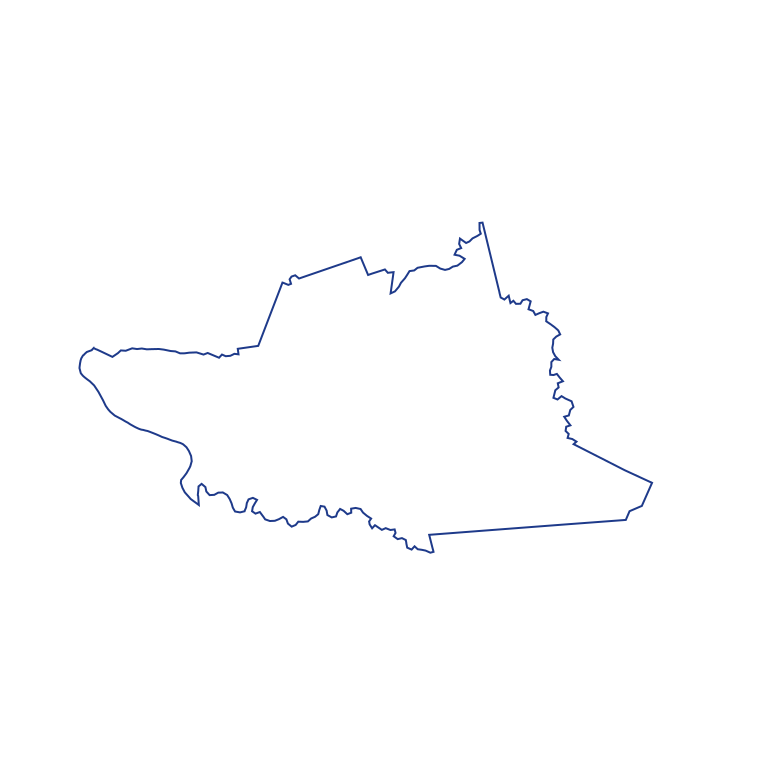 Oberá, Misiones, Argentina (Equal Earth projection), rotated 115°
{"feature_id": "61730980B41869558035533", "entity_name": "Oberá", "entity_type": "district", "adm_level": 2, "iso_a3": "ARG", "parent_name": "Argentina", "parent_adm1": "Misiones", "projection": "equal_earth", "projection_center": [-55.041, -27.479], "detail": "fine", "context": "isolated", "style": "outline", "palette": "blue", "viewbox_px": 768, "rotation_deg": 115, "n_neighbors": 0, "source": "geoboundaries", "source_scale": "gbopen_adm2", "svg_char_len": 4855}
<svg xmlns="http://www.w3.org/2000/svg" viewBox="0 0 768 768"><g transform="rotate(115 384 384)"><path d="M196.1,362.9L197.7,365.5L200.6,364.1L204.0,362.5L206.9,359.8L209.8,361.6L210.4,362.0L214.6,365.3L218.7,366.8L221.5,369.2L220.4,375.1L220.1,376.6L222.9,375.8L225.3,375.1L228.2,371.5L231.6,374.7L235.0,374.7L237.0,374.7L236.8,373.7L235.8,369.8L236.5,363.8L240.5,364.8L245.7,367.5L248.5,371.2L252.2,373.6L254.8,376.9L255.6,381.8L255.0,386.8L257.7,392.9L260.3,396.9L264.5,402.7L268.3,404.6L270.9,408.6L275.1,409.1L279.3,409.7L285.1,411.4L289.4,411.6L295.4,413.2L299.1,416.3L283.8,421.0L278.6,422.6L281.4,427.2L281.6,427.5L280.1,430.9L279.8,431.6L281.4,433.3L288.8,441.3L291.9,444.5L287.9,448.9L279.0,458.7L281.1,460.8L324.3,505.6L323.4,508.9L323.0,510.4L325.7,513.2L329.0,513.8L332.5,510.6L334.6,512.6L334.9,518.4L335.0,518.9L336.0,518.8L358.8,517.2L363.1,516.9L402.6,514.1L413.9,531.4L418.6,528.4L419.9,532.4L421.2,533.4L423.4,535.2L425.7,539.2L425.8,543.3L429.9,544.6L430.2,552.0L430.4,556.9L433.6,560.0L434.6,567.3L437.9,573.7L440.4,577.6L442.4,581.8L442.6,586.8L444.3,591.4L445.9,598.1L447.4,602.8L450.6,609.3L452.8,613.6L454.2,618.5L456.7,622.6L458.1,627.3L463.0,632.1L464.8,636.7L468.5,638.2L474.2,641.6L474.1,653.6L474.1,658.8L474.2,659.2L474.2,662.2L474.1,662.3L474.9,662.6L476.7,663.2L476.9,663.2L480.6,666.9L483.0,667.9L484.6,668.4L485.2,668.8L485.6,668.9L486.7,669.0L488.7,669.2L491.1,668.9L491.7,668.7L493.4,668.3L495.0,667.8L496.9,667.2L498.3,666.7L502.3,663.4L502.5,663.1L503.3,661.4L503.7,660.6L504.1,659.4L504.5,658.0L505.1,655.5L505.6,653.1L505.8,651.9L507.8,646.1L511.8,639.5L516.6,633.0L517.4,631.9L521.4,627.0L523.6,623.2L524.9,620.2L526.4,614.7L526.7,608.8L526.7,607.9L526.9,605.4L527.2,602.6L527.3,600.7L527.3,600.1L527.6,598.2L527.8,596.8L528.0,593.9L528.1,592.7L528.2,590.8L528.2,587.5L528.1,586.2L528.0,585.2L527.8,584.2L527.4,582.9L527.0,580.5L526.5,578.4L526.3,575.9L526.1,572.9L525.9,569.5L525.9,569.2L525.8,566.3L525.8,562.7L525.4,559.6L525.1,556.6L525.1,556.2L524.8,552.1L524.0,547.6L524.0,547.0L523.5,543.7L523.5,541.0L523.5,540.9L523.8,539.7L524.8,536.3L526.3,533.9L527.2,532.5L527.3,532.3L527.8,531.8L528.6,530.9L530.8,528.4L535.3,525.6L536.1,525.5L540.2,524.8L542.2,524.8L548.3,525.3L553.1,526.3L555.3,526.9L556.7,527.3L559.6,526.3L563.3,522.8L565.5,519.9L566.1,519.1L566.3,518.9L566.7,518.0L568.8,513.1L569.9,510.7L570.7,506.8L571.1,504.7L571.9,500.7L564.0,505.1L563.4,505.8L559.3,507.2L555.2,508.8L554.8,508.6L551.6,507.1L552.9,502.3L555.3,500.5L556.5,499.6L558.4,495.1L556.2,491.0L552.5,488.3L550.6,484.5L550.4,484.3L550.9,479.2L553.5,475.2L556.6,471.7L559.9,468.8L560.7,467.7L562.5,465.1L561.2,460.2L558.3,456.6L558.0,456.7L554.1,456.8L552.3,457.3L549.9,458.0L545.8,458.0L544.5,456.7L542.6,454.7L542.7,450.1L546.8,450.6L551.1,450.9L552.5,450.5L555.1,449.8L555.6,446.7L555.8,445.7L552.5,442.4L554.5,438.7L555.3,437.2L556.9,434.5L556.4,429.5L554.1,425.1L550.8,422.0L549.8,421.3L547.1,419.3L547.9,415.3L548.7,414.5L551.1,412.1L552.3,407.4L549.1,404.5L545.0,403.5L543.1,399.0L540.7,394.9L536.7,393.2L533.5,390.4L530.0,388.7L529.7,388.6L525.5,389.4L521.3,389.8L520.3,386.1L523.0,382.5L524.6,381.4L526.7,379.9L527.0,375.0L524.3,371.5L520.1,372.0L517.7,371.4L515.8,371.0L515.9,368.4L516.0,367.0L517.5,362.2L514.5,359.3L510.9,361.1L508.5,357.6L508.3,357.3L507.2,352.4L509.4,348.7L510.7,343.8L511.4,338.8L514.9,339.4L515.0,339.3L517.3,337.7L519.8,333.8L517.0,332.9L515.8,332.5L515.8,332.3L516.4,328.7L517.1,324.3L513.9,321.5L513.9,321.2L513.6,316.5L511.3,312.9L514.1,310.6L516.6,310.8L517.9,310.9L518.8,306.0L517.9,304.9L516.1,302.6L516.2,298.3L518.3,296.8L519.3,296.2L522.5,293.8L522.4,289.0L518.2,287.7L519.5,283.6L518.3,279.7L517.4,275.9L517.3,270.7L516.7,270.0L515.2,268.2L514.4,268.8L511.8,271.0L501.6,279.3L474.9,231.9L434.3,159.7L405.0,107.4L395.5,107.7L386.2,99.4L385.6,98.8L360.3,99.3L360.4,127.8L360.4,129.5L358.4,186.7L354.9,185.2L354.3,190.1L355.3,194.8L351.2,195.5L349.8,199.6L345.7,200.8L342.7,197.6L340.0,202.8L337.5,206.8L334.4,203.2L328.8,204.2L324.7,202.6L320.4,206.7L320.5,213.6L320.2,215.9L320.0,218.0L324.7,220.2L324.9,224.6L317.7,226.0L317.3,226.1L313.3,224.3L309.9,226.8L305.9,223.0L304.0,227.3L301.8,231.6L303.2,233.1L304.2,234.1L305.1,236.5L305.4,237.2L304.4,237.8L301.6,239.3L300.2,239.4L297.7,239.6L293.4,241.6L289.4,240.3L288.2,235.9L286.4,240.5L283.7,244.2L280.0,246.8L276.0,247.8L272.1,249.4L268.2,247.9L264.6,245.3L261.8,248.7L260.4,253.5L259.4,258.5L258.6,263.5L257.3,264.0L254.7,265.2L250.7,265.2L251.1,270.1L254.1,273.1L256.6,275.3L257.4,276.0L254.8,279.6L255.1,283.5L255.2,284.6L247.1,286.0L246.7,290.4L249.5,293.8L253.6,294.3L255.3,297.7L255.6,298.2L253.9,301.9L257.2,303.6L256.1,304.5L254.2,306.0L251.3,308.3L253.8,309.4L256.6,310.6L256.4,312.7L256.3,314.8L254.6,316.2L253.0,317.5L252.2,318.1L251.1,318.9L249.9,319.9L196.1,362.9Z" fill="none" stroke="#1e3a8a" stroke-width="2"/></g></svg>